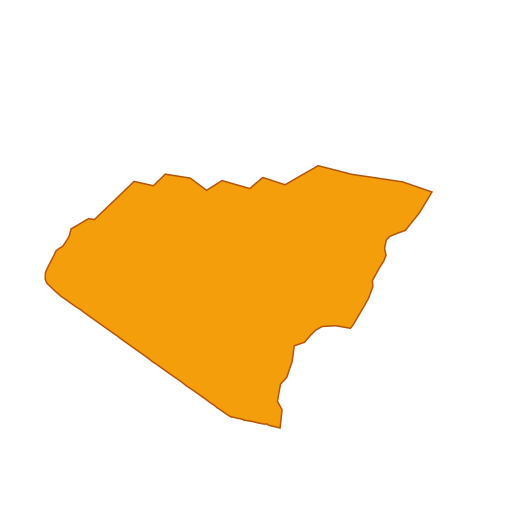 the district of Fouli, Lac, Chad, rotated 318°
{"feature_id": "50815135B95453652867262", "entity_name": "Fouli", "entity_type": "district", "adm_level": 2, "iso_a3": "TCD", "parent_name": "Chad", "parent_adm1": "Lac", "projection": "orthographic", "projection_center": [13.802, 14.046], "detail": "fine", "context": "isolated", "style": "filled", "palette": "amber", "viewbox_px": 512, "rotation_deg": 318, "n_neighbors": 0, "source": "geoboundaries", "source_scale": "gbopen_adm2", "svg_char_len": 1868}
<svg xmlns="http://www.w3.org/2000/svg" viewBox="0 0 512 512"><g transform="rotate(318 256 256)"><path d="M393.7,273.7L387.1,265.8L381.6,259.1L362.6,230.5L340.5,225.7L325.2,222.5L313.6,202.2L304.7,201.9L296.5,201.7L281.2,177.2L263.2,174.1L259.3,154.2L243.3,134.4L235.1,134.8L226.8,135.2L215.3,119.0L194.8,119.7L171.8,120.4L160.3,120.8L156.6,116.2L136.6,112.1L136.3,112.5L134.7,113.5L132.0,115.3L131.0,115.9L128.7,116.9L119.4,119.4L117.0,119.2L115.2,118.7L111.0,118.3L107.2,119.9L103.0,121.6L99.7,122.8L95.8,124.2L91.6,126.0L90.0,126.7L88.2,127.6L86.2,129.7L84.0,132.0L82.9,134.4L82.8,134.9L82.5,136.4L82.4,137.1L83.2,147.6L83.3,148.4L84.2,156.1L84.3,156.3L84.6,157.4L85.9,162.5L86.3,164.9L86.6,166.3L87.9,172.1L88.3,173.5L88.4,174.0L89.8,178.5L90.2,180.9L90.3,182.1L92.2,190.9L95.4,205.2L98.3,217.9L99.0,220.9L99.5,222.8L99.7,224.4L100.2,227.2L102.6,237.9L102.8,239.0L104.8,247.9L105.6,251.3L106.5,255.3L107.6,260.3L108.2,264.4L108.4,265.6L108.8,266.8L108.9,267.2L109.6,270.0L112.7,284.0L114.9,293.5L115.2,294.7L116.3,299.1L117.4,305.9L119.5,314.2L119.6,314.5L123.2,331.0L123.9,334.3L124.3,336.5L125.0,338.3L125.6,342.9L125.7,343.2L126.5,345.9L127.0,348.2L127.1,348.6L127.8,352.0L128.7,355.6L129.0,356.5L129.9,359.2L130.2,359.2L137.0,368.9L137.0,369.7L137.9,370.7L138.5,371.5L139.5,372.7L141.3,375.0L143.1,377.3L146.0,381.7L148.1,384.4L148.8,385.4L150.3,387.1L151.6,388.0L152.5,390.8L158.8,399.9L165.5,394.0L172.5,387.6L174.7,378.3L188.5,367.6L197.6,366.8L205.2,362.5L212.0,358.8L216.7,354.8L224.4,348.3L234.4,352.6L243.5,351.4L251.1,351.0L258.1,352.7L268.7,361.3L277.7,372.8L278.9,372.8L282.0,372.2L294.3,368.3L303.1,365.5L311.4,362.7L322.4,356.9L326.0,352.2L340.7,347.1L347.5,345.3L353.1,342.5L356.7,336.3L363.7,331.2L368.9,331.0L376.8,333.9L384.1,336.9L406.6,333.2L429.6,326.2L414.6,299.1L393.7,273.7Z" fill="#f59e0b" stroke="#b45309" stroke-width="1.5"/></g></svg>